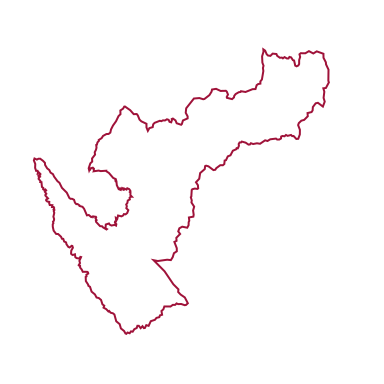 Junin, Junín, Peru, rotated 352°
{"feature_id": "86281439B69891072008043", "entity_name": "Junin", "entity_type": "district", "adm_level": 2, "iso_a3": "PER", "parent_name": "Peru", "parent_adm1": "Junín", "projection": "natural_earth1", "projection_center": [-75.905, -11.058], "detail": "fine", "context": "isolated", "style": "outline", "palette": "rose", "viewbox_px": 384, "rotation_deg": 352, "n_neighbors": 0, "source": "geoboundaries", "source_scale": "gbopen_adm2", "svg_char_len": 5941}
<svg xmlns="http://www.w3.org/2000/svg" viewBox="0 0 384 384"><g transform="rotate(352 192 192)"><path d="M335.4,117.1L337.0,111.1L336.5,107.6L339.1,107.6L342.8,102.5L342.5,100.9L344.2,89.8L342.5,84.3L342.6,82.2L340.9,77.4L341.4,73.4L335.1,70.1L331.4,71.7L327.4,68.8L323.5,70.4L319.0,69.7L317.6,70.6L317.9,73.3L316.5,76.2L315.9,80.2L314.9,81.5L313.1,82.1L311.8,81.2L311.4,76.0L310.3,75.5L308.9,72.5L307.3,71.8L306.1,73.2L304.6,73.0L302.4,71.3L300.6,72.3L299.7,71.4L297.7,71.3L295.3,69.0L294.8,67.1L291.1,66.2L288.6,68.1L286.2,67.4L285.1,65.9L284.1,62.2L282.5,60.7L282.3,63.1L280.3,67.4L279.7,73.7L280.4,76.9L279.5,79.1L279.5,82.1L276.9,90.3L275.1,92.0L274.8,94.2L272.6,94.3L270.9,95.2L269.2,98.9L266.3,98.6L258.9,100.4L254.5,99.0L254.0,99.7L252.2,99.7L248.8,101.1L247.2,102.7L246.7,104.2L244.6,105.6L239.7,103.6L239.6,102.8L241.2,100.5L240.4,97.4L239.6,96.5L234.4,95.9L230.2,93.2L226.1,93.3L225.3,95.4L222.7,98.5L217.3,101.6L216.0,101.7L212.4,100.0L206.9,99.7L197.9,108.3L196.8,112.7L198.2,116.5L197.9,118.5L193.0,119.9L191.4,123.3L190.6,123.9L186.4,121.8L185.6,118.8L183.3,116.6L182.1,116.9L182.1,118.1L181.1,120.1L179.5,119.4L178.9,117.3L177.3,116.5L175.2,117.4L173.2,117.0L171.5,117.6L170.1,117.0L164.6,118.3L163.0,119.6L162.1,122.3L158.7,122.8L156.8,125.3L155.9,121.7L156.4,118.1L151.7,115.0L150.1,113.0L149.0,108.6L148.1,107.1L145.1,106.8L142.2,102.4L137.5,98.0L136.8,98.0L135.3,99.9L132.4,101.3L132.0,105.0L129.8,106.6L126.6,111.4L123.0,115.2L120.5,118.8L119.4,121.8L117.5,122.9L115.3,122.7L111.7,124.1L110.0,126.1L106.9,127.5L106.9,128.4L105.3,129.7L104.4,131.9L103.7,132.1L103.6,134.8L102.8,136.8L101.2,139.1L101.2,141.5L97.7,144.9L97.4,148.0L95.3,149.5L93.0,154.1L93.2,156.3L94.2,154.7L94.5,155.3L95.2,154.4L97.2,154.1L98.1,155.3L97.6,156.2L98.2,157.1L97.7,157.8L102.5,157.8L104.5,158.6L110.0,159.0L109.9,159.4L112.4,161.6L115.9,167.1L118.3,168.6L118.5,170.1L117.8,169.9L117.8,170.7L118.6,171.7L118.5,174.8L119.8,179.0L120.9,179.6L120.7,178.6L121.2,178.3L122.3,179.5L123.3,178.3L124.2,179.2L124.4,180.3L124.9,180.3L125.3,179.1L127.5,180.5L128.4,179.3L130.2,180.4L131.1,182.1L131.1,182.9L130.4,183.4L131.0,184.2L130.5,186.4L131.8,188.3L130.5,188.1L129.4,189.0L129.4,190.7L127.2,191.5L126.5,193.8L125.1,195.2L125.5,197.0L124.7,198.9L126.4,201.1L124.9,203.8L123.1,204.9L121.5,204.4L120.6,205.6L118.8,206.3L115.5,205.0L114.2,208.3L113.0,207.1L112.9,210.1L112.5,210.7L111.7,210.6L111.4,211.6L112.6,213.3L112.1,214.7L110.8,213.8L107.6,214.0L105.9,212.8L105.4,211.6L102.1,212.2L101.3,215.9L102.6,216.9L102.1,217.2L98.9,214.6L98.3,213.5L96.2,213.0L92.9,208.3L92.8,206.9L93.6,206.5L92.8,204.8L93.6,203.7L93.4,203.2L90.9,202.5L90.5,202.9L90.3,202.4L88.7,202.8L86.6,200.4L84.7,200.5L82.8,193.6L81.5,191.4L78.7,190.2L78.7,189.6L77.0,188.0L75.7,187.9L74.6,186.2L74.1,183.3L72.4,182.1L70.7,181.8L69.7,180.8L67.9,175.2L63.8,169.8L62.0,164.4L60.3,162.6L57.6,157.6L56.8,155.0L54.6,153.1L53.7,150.3L51.9,148.5L50.3,144.8L50.4,142.6L48.8,140.4L46.3,137.9L44.5,137.7L42.9,138.3L40.7,136.9L39.8,138.7L40.7,142.4L40.0,146.3L40.6,149.4L42.0,149.5L42.4,150.4L41.9,151.9L43.1,151.4L44.4,153.1L44.2,153.7L42.9,154.0L43.7,155.7L42.7,156.2L42.3,155.7L42.4,156.8L41.9,157.6L43.4,160.0L43.1,161.0L44.3,161.3L44.1,166.1L45.3,167.3L45.0,168.6L45.8,169.3L47.1,169.0L47.8,170.1L46.3,171.3L47.5,173.5L46.4,174.4L46.3,175.1L48.5,178.3L46.6,179.2L46.4,180.1L47.4,181.3L49.3,181.9L49.0,183.2L49.3,185.1L51.9,185.6L51.3,187.4L52.9,187.6L53.3,188.7L52.5,189.9L53.2,190.7L52.4,191.5L52.7,193.5L51.3,197.2L51.7,199.6L51.2,201.2L50.2,202.1L50.4,203.6L49.6,204.6L49.3,207.1L49.6,211.0L51.6,214.6L53.6,215.0L56.1,218.1L56.7,220.2L58.0,220.5L58.5,223.2L60.3,224.4L60.4,226.2L61.9,229.2L63.1,229.9L65.4,228.5L66.0,228.8L66.3,230.6L64.3,233.2L63.7,235.9L63.9,236.8L65.1,237.8L67.4,237.4L67.4,240.3L68.5,241.4L71.2,242.2L72.4,240.7L73.1,241.0L70.9,244.5L71.2,246.8L69.1,249.3L70.1,248.9L70.9,249.5L70.7,251.3L72.0,253.4L72.7,255.8L77.2,256.5L77.8,257.1L77.9,258.3L75.9,259.2L75.8,260.9L74.9,261.3L74.5,265.5L76.3,269.3L76.3,270.4L77.8,271.7L78.7,276.7L81.6,279.9L82.8,283.2L84.9,284.0L86.9,286.2L87.7,290.8L89.3,292.4L88.3,294.2L90.8,296.1L92.6,298.7L93.4,298.3L94.6,300.2L96.8,301.1L98.1,302.5L99.0,309.5L102.0,312.8L102.6,317.2L105.4,320.2L106.4,322.8L107.2,323.3L108.6,322.2L110.6,323.2L112.2,321.5L113.8,322.1L115.8,319.8L118.3,319.0L119.3,316.9L120.7,317.1L122.2,319.7L124.3,318.0L125.4,320.1L126.4,320.1L128.2,317.5L130.4,318.5L133.2,314.2L137.5,313.4L139.3,311.7L142.2,311.4L143.1,309.7L145.3,309.4L145.2,305.6L147.3,304.2L148.7,301.5L154.8,302.4L157.3,301.1L159.7,301.4L161.2,300.2L162.7,301.1L165.7,301.4L169.1,303.1L170.4,303.0L172.4,301.6L170.2,295.4L166.5,292.0L164.4,289.1L165.0,286.5L160.7,280.8L153.8,266.7L144.5,254.2L148.6,255.6L158.0,255.6L161.6,256.5L163.8,253.9L165.6,250.1L168.7,248.6L169.1,245.5L167.6,239.0L169.9,238.2L170.1,235.2L174.4,231.9L172.9,229.1L174.4,226.2L177.5,225.0L182.3,226.7L184.0,224.4L184.5,221.4L185.3,220.1L185.4,216.8L189.9,216.6L190.5,214.8L190.5,210.5L192.1,206.8L190.0,202.3L190.6,200.3L190.1,197.0L190.7,196.4L192.0,190.0L192.7,189.3L195.3,189.0L197.7,189.7L198.6,189.3L198.8,186.1L197.3,182.9L201.0,179.9L202.7,174.4L207.8,171.1L208.6,168.2L209.6,167.9L211.9,168.9L216.3,173.3L218.2,173.2L219.3,171.8L223.7,169.4L226.3,169.8L227.9,168.8L228.7,165.4L230.1,165.2L232.4,161.7L235.2,161.0L238.2,156.8L241.8,155.8L242.3,154.8L243.5,155.1L244.9,152.8L244.9,151.0L246.0,149.6L247.4,149.8L248.3,149.0L252.0,150.6L254.5,152.9L255.9,153.0L257.1,151.9L259.2,153.0L263.1,152.8L266.1,153.7L271.6,151.0L273.9,152.0L276.8,150.7L282.6,150.8L283.6,151.9L285.7,152.2L287.6,151.4L288.0,149.5L289.3,149.1L291.4,149.7L293.0,148.6L294.5,149.7L298.0,149.3L299.0,150.6L300.4,150.7L302.7,154.0L304.6,154.1L306.8,150.0L307.5,145.4L306.4,140.5L307.4,138.6L310.2,136.6L313.1,136.2L317.2,133.1L317.4,129.9L321.5,129.5L322.8,128.0L323.5,124.7L326.8,121.4L329.1,121.2L333.5,125.6L336.0,121.0L335.4,117.1Z" fill="none" stroke="#9f1239" stroke-width="2"/></g></svg>